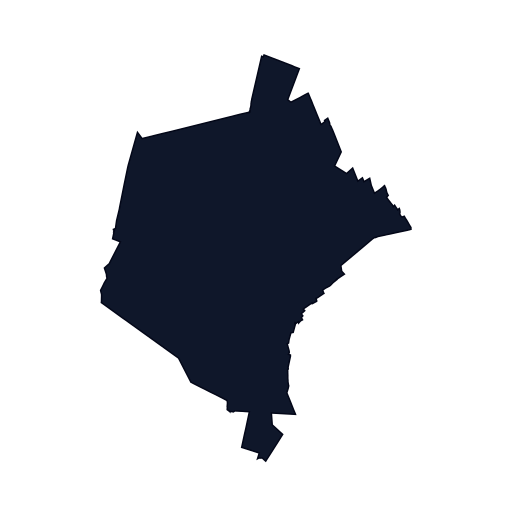 the district of Hilvarenbeek, Noord-Brabant, Netherlands, rotated 103°
{"feature_id": "6326949B90025582046191", "entity_name": "Hilvarenbeek", "entity_type": "district", "adm_level": 2, "iso_a3": "NLD", "parent_name": "Netherlands", "parent_adm1": "Noord-Brabant", "projection": "robinson", "projection_center": [5.159, 51.487], "detail": "fine", "context": "isolated", "style": "filled", "palette": "ink", "viewbox_px": 512, "rotation_deg": 103, "n_neighbors": 0, "source": "geoboundaries", "source_scale": "gbopen_adm2", "svg_char_len": 5534}
<svg xmlns="http://www.w3.org/2000/svg" viewBox="0 0 512 512"><g transform="rotate(103 256 256)"><path d="M60.1,295.4L69.9,295.4L104.2,295.4L104.8,295.3L105.3,295.3L106.7,295.3L107.4,295.2L108.7,295.1L109.7,294.9L110.0,294.8L110.5,294.8L111.1,294.7L111.6,294.7L112.7,294.7L113.4,294.8L114.0,294.8L114.5,294.7L115.0,294.6L115.5,294.4L115.9,294.7L116.0,294.8L116.4,294.8L116.5,294.7L116.4,294.5L116.5,294.4L117.0,294.5L117.1,294.4L117.4,294.4L117.5,294.5L117.9,294.8L118.0,295.0L117.9,295.2L117.9,295.4L117.7,295.6L117.8,295.7L121.5,303.4L126.5,313.1L147.7,354.7L153.7,366.5L157.7,374.6L167.2,393.4L162.2,399.3L189.9,400.6L190.1,400.6L196.3,400.9L199.0,400.9L216.3,400.5L239.7,399.8L239.7,399.7L240.1,399.7L242.5,399.7L252.9,399.8L260.8,399.1L262.1,400.9L262.3,400.7L262.8,400.6L262.9,400.4L262.9,400.1L262.6,399.8L262.7,399.7L263.1,399.6L263.4,399.7L263.9,399.9L264.2,400.1L264.4,400.1L264.3,399.8L264.4,399.6L264.7,399.5L265.0,399.5L265.3,399.5L265.5,399.3L265.5,399.1L265.5,399.3L265.6,399.7L271.1,399.6L271.5,399.6L272.7,391.3L293.7,396.6L296.6,397.3L298.5,398.7L301.8,401.0L306.1,398.4L308.1,397.3L309.0,397.2L310.1,396.7L310.6,396.4L311.0,396.0L313.6,396.9L316.4,397.8L317.9,398.1L320.9,398.8L322.5,399.2L324.4,399.7L324.8,399.5L326.3,398.8L327.7,398.0L328.6,397.7L329.9,397.4L333.3,396.7L334.6,396.4L336.2,396.2L336.3,395.9L337.2,393.7L346.3,372.2L348.0,367.9L348.7,366.3L357.0,346.5L372.9,308.5L393.0,291.5L393.6,291.0L396.4,279.7L397.2,276.2L398.6,270.7L398.8,269.9L399.7,265.9L402.0,256.6L403.0,252.9L403.3,251.7L404.8,251.0L405.9,250.7L409.3,250.2L409.5,250.1L409.9,249.9L412.2,249.5L412.4,249.1L412.6,248.5L412.7,247.7L413.0,247.7L413.4,246.5L413.5,246.4L413.4,246.4L413.4,246.2L413.0,244.5L413.0,243.0L411.7,241.8L411.3,239.7L410.2,233.5L410.0,232.0L409.4,228.5L409.2,227.4L409.7,227.4L420.8,227.2L426.4,227.1L432.0,227.1L445.7,226.9L447.2,208.5L453.2,208.9L452.3,207.9L451.4,204.4L451.8,203.7L452.1,203.3L452.5,202.5L452.8,202.1L453.7,200.4L451.9,199.8L447.2,198.1L431.9,192.7L423.8,189.9L421.6,193.9L420.5,195.8L416.9,202.2L405.5,205.7L401.7,183.7L401.4,181.9L400.9,182.2L400.5,182.5L399.7,183.1L396.8,185.2L395.3,186.2L393.0,187.8L391.8,188.6L382.4,195.2L379.7,195.0L378.3,194.9L376.9,194.9L375.5,194.9L375.2,194.9L374.0,195.5L371.8,196.4L371.6,196.5L370.4,196.8L369.6,197.0L369.3,197.1L368.8,197.3L366.8,197.8L365.4,198.1L362.4,198.9L361.5,199.1L361.4,199.1L360.6,199.4L360.3,199.4L359.6,199.6L359.2,199.3L359.1,199.2L358.4,199.3L358.1,199.4L357.8,199.5L357.6,199.6L357.4,199.7L345.8,199.9L344.7,200.2L344.7,201.0L344.6,201.8L344.4,202.2L344.4,202.3L343.9,202.2L342.9,201.9L342.6,201.9L342.4,201.9L341.9,202.1L341.5,202.2L340.6,202.6L339.3,203.3L339.1,203.4L339.0,203.5L334.4,205.9L333.5,204.7L330.1,205.0L329.8,205.0L323.0,204.7L322.1,202.6L313.9,202.3L313.8,202.7L313.7,202.8L312.9,203.1L312.1,203.0L312.3,202.7L312.6,202.6L312.3,202.1L312.5,201.7L310.5,200.0L311.0,199.7L311.3,199.4L311.6,199.3L309.2,198.0L307.9,196.5L307.7,196.3L307.2,196.7L305.9,198.0L303.8,196.9L302.1,198.9L298.3,196.2L298.2,196.3L298.1,196.5L298.0,196.8L297.9,197.0L297.6,197.2L297.4,197.4L297.4,197.5L297.4,197.8L297.1,198.0L296.9,198.0L296.8,197.9L293.1,194.5L289.1,190.9L289.5,190.7L289.8,190.5L289.5,190.1L287.8,188.2L286.5,186.7L286.4,186.7L286.1,186.7L283.8,188.0L283.5,187.5L283.0,186.9L282.6,186.5L277.4,181.7L277.2,181.4L276.8,181.7L276.7,181.8L276.1,182.2L274.4,183.4L274.1,183.1L273.9,183.1L271.6,181.0L271.2,180.5L270.1,179.2L268.9,177.8L268.6,177.5L268.3,177.3L268.1,177.1L267.9,176.9L265.2,175.3L264.7,175.0L261.0,172.1L260.9,172.0L260.7,172.3L260.5,172.1L260.3,172.0L260.3,171.9L258.4,170.1L256.1,168.0L255.6,167.5L255.1,167.0L254.2,166.2L253.8,165.8L252.3,168.0L251.3,169.5L251.0,169.3L246.2,171.2L234.4,162.3L227.9,157.4L217.9,149.9L213.3,146.5L212.5,145.8L212.0,145.3L211.2,144.4L211.1,144.1L211.2,143.8L210.4,142.7L209.5,141.4L208.3,138.8L206.4,134.7L206.0,134.0L204.4,130.4L201.3,123.9L196.8,114.2L196.2,113.1L195.7,112.0L195.5,111.8L195.1,111.0L193.8,111.4L193.6,111.4L193.5,111.5L193.3,111.5L193.2,111.6L191.9,112.9L190.9,113.9L189.2,115.4L187.6,116.9L185.6,119.0L183.9,120.5L184.9,122.0L185.1,122.3L185.1,122.7L185.0,123.1L184.9,123.4L182.8,125.5L182.5,125.5L181.3,125.5L180.8,125.6L179.9,125.9L179.4,126.1L178.8,126.3L178.3,126.6L177.5,127.1L179.2,128.3L178.6,128.8L178.1,129.4L177.6,130.0L176.2,131.5L175.3,132.4L177.1,133.4L175.7,134.5L174.0,136.7L173.5,137.2L172.4,138.6L171.6,139.6L171.2,140.1L170.6,140.7L170.3,141.1L169.9,141.4L169.6,141.8L169.4,142.0L168.1,141.3L167.2,140.8L165.2,142.5L164.9,142.7L164.2,143.1L163.8,143.3L163.4,143.5L162.6,143.9L162.4,144.0L161.9,144.2L161.6,144.4L160.8,144.9L160.2,145.3L160.1,145.5L159.9,145.6L159.5,145.9L159.1,146.2L158.8,146.4L158.5,146.6L158.7,146.8L160.4,147.9L161.8,149.0L162.3,149.4L163.0,149.9L164.1,150.9L165.1,151.7L166.0,152.6L168.2,154.7L161.2,159.6L154.7,162.7L159.3,167.5L155.9,169.9L160.2,173.6L148.6,181.6L155.3,186.3L154.6,188.3L152.1,195.5L150.8,199.2L150.6,199.7L135.9,196.5L135.5,196.4L135.4,196.4L127.8,201.6L119.5,207.3L115.5,210.1L115.2,210.4L113.3,211.8L112.7,212.2L112.5,212.5L112.1,213.2L111.6,213.5L110.8,213.9L109.9,214.1L108.8,214.9L108.7,214.9L105.6,217.1L108.5,219.7L109.5,219.0L113.3,222.2L111.1,223.7L102.4,229.9L102.2,230.0L97.1,233.6L96.9,233.8L93.2,236.3L93.3,236.3L85.1,242.1L85.6,241.8L88.4,245.1L88.9,245.6L90.2,247.1L91.7,248.7L93.2,250.5L98.3,256.6L96.9,259.6L96.6,260.2L96.5,260.3L89.9,259.4L77.2,257.7L63.7,255.9L63.0,261.4L62.6,263.0L58.3,293.4L60.4,293.6L60.1,295.4Z" fill="#0f172a" stroke="#020617" stroke-width="1.5"/></g></svg>